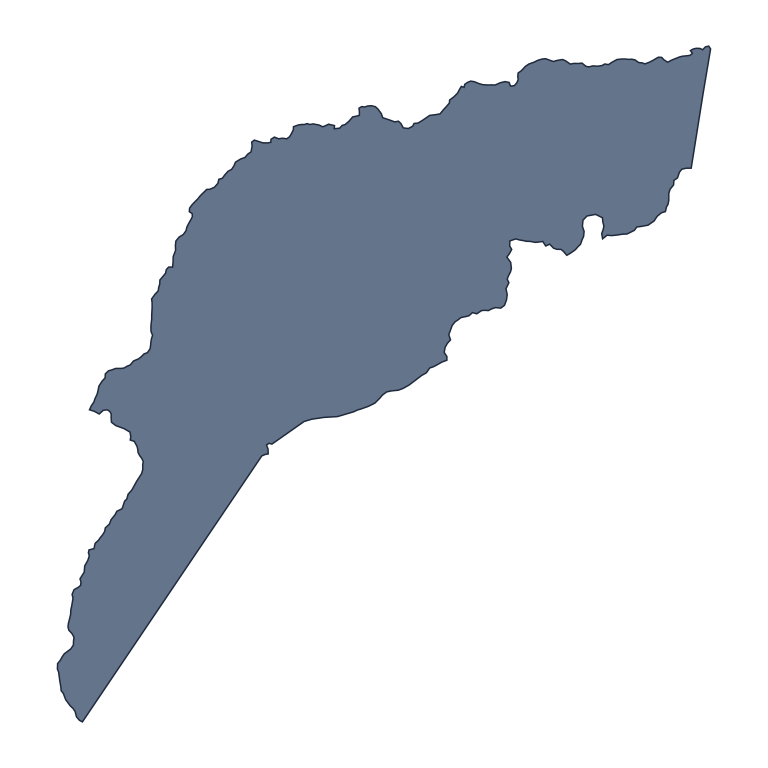 Alto Alegre do Pindaré, Maranhão, Brazil
{"feature_id": "56859067B27762035382418", "entity_name": "Alto Alegre do Pindaré", "entity_type": "district", "adm_level": 2, "iso_a3": "BRA", "parent_name": "Brazil", "parent_adm1": "Maranhão", "projection": "orthographic", "projection_center": [-45.998, -3.962], "detail": "fine", "context": "isolated", "style": "filled", "palette": "slate", "viewbox_px": 768, "rotation_deg": 0, "n_neighbors": 0, "source": "geoboundaries", "source_scale": "gbopen_adm2", "svg_char_len": 5182}
<svg xmlns="http://www.w3.org/2000/svg" viewBox="0 0 768 768"><path d="M710.6,48.9L708.7,46.1L705.4,46.9L702.7,49.7L699.8,48.4L696.1,48.3L693.0,49.1L690.4,50.6L692.4,53.3L690.2,55.3L686.7,55.8L682.5,56.2L679.4,57.0L671.9,60.0L667.7,62.2L663.9,59.8L661.7,57.4L658.4,57.2L655.9,58.6L652.9,60.4L649.4,62.2L644.9,63.9L642.2,62.9L638.6,62.5L634.9,59.8L631.5,59.2L628.5,59.4L625.5,59.0L621.9,59.0L617.0,59.5L611.9,62.3L608.5,64.6L604.7,64.0L602.1,65.5L597.9,66.2L592.9,65.9L588.8,66.9L585.9,66.3L582.0,63.1L578.4,63.5L574.0,63.4L570.3,64.1L565.4,60.7L562.5,59.5L557.2,60.4L553.3,61.5L548.6,59.8L545.7,58.7L542.3,59.0L538.1,60.2L533.5,62.4L528.9,64.0L525.1,66.6L523.3,68.7L521.0,71.0L518.1,73.0L517.8,76.6L518.2,79.6L516.8,82.8L514.3,85.7L510.5,86.1L509.1,82.4L504.9,81.6L500.1,82.8L495.2,85.0L491.2,84.9L488.3,85.0L482.8,84.7L478.7,83.5L474.3,81.7L470.7,81.1L467.5,82.4L464.7,84.4L464.1,87.3L461.3,86.4L459.5,89.4L457.6,93.1L453.8,96.9L449.6,100.0L449.4,103.0L446.7,106.2L443.4,109.8L440.0,113.9L434.6,114.8L429.7,115.4L422.1,120.6L417.9,123.1L414.1,123.4L412.6,126.3L408.3,128.5L403.3,127.9L400.8,123.4L398.4,121.2L394.7,121.9L389.9,120.1L385.7,118.7L382.7,117.7L381.3,113.6L377.9,109.0L375.4,106.7L371.3,105.7L367.6,106.0L364.8,107.0L361.7,106.6L359.0,108.2L359.4,111.9L359.4,115.3L355.8,116.3L352.7,116.9L348.8,121.4L345.0,124.6L342.2,125.4L339.6,128.2L334.3,128.7L334.5,125.6L328.6,124.2L325.7,125.6L322.8,126.8L318.9,125.0L313.1,123.9L310.0,124.5L307.1,123.6L304.4,124.5L301.3,124.5L298.2,125.0L293.5,126.7L293.3,129.9L291.2,134.1L289.5,136.8L286.7,138.8L282.4,138.2L278.7,138.8L274.4,137.1L271.0,139.3L270.8,142.3L267.8,142.9L262.9,142.9L260.0,141.9L254.3,140.1L251.7,142.1L252.1,146.2L251.0,151.9L247.9,154.0L244.9,157.5L240.8,158.9L235.5,162.1L233.9,165.9L231.6,169.4L228.0,171.3L224.8,174.9L222.3,178.3L218.8,179.3L217.9,183.3L214.5,187.2L209.8,189.3L206.7,189.4L203.7,192.4L200.4,195.6L197.8,198.9L195.0,201.7L192.1,204.7L189.6,208.1L189.3,211.7L192.1,213.5L192.4,216.6L190.8,219.8L188.7,223.4L186.9,227.0L186.0,230.7L183.3,234.5L179.2,237.0L175.9,241.0L175.4,245.5L175.6,250.3L174.5,253.2L173.2,256.6L173.1,261.3L172.6,267.1L168.6,267.1L166.3,269.6L165.6,273.1L163.2,276.1L159.9,280.0L159.7,284.3L158.7,287.2L158.2,290.9L155.2,294.0L151.6,299.0L152.1,302.8L152.1,307.8L151.7,315.3L151.7,319.2L150.9,326.1L151.0,331.4L152.6,335.4L151.6,338.2L150.9,341.9L150.6,345.4L150.1,348.7L147.4,352.7L144.0,353.9L141.2,356.8L138.6,358.8L133.5,361.0L130.3,364.9L126.9,366.3L124.1,368.0L121.3,368.4L115.8,368.4L111.8,369.9L108.5,370.8L105.3,373.9L105.1,377.9L102.2,381.0L98.9,386.1L98.1,390.3L97.2,394.0L94.9,398.9L93.9,402.0L91.3,405.8L89.5,409.8L94.5,411.4L99.2,414.0L103.3,410.3L107.3,409.8L109.8,411.5L111.2,414.0L111.1,417.6L111.5,422.3L115.8,425.6L124.0,428.6L130.0,432.1L130.8,436.9L130.2,440.0L134.3,441.4L137.0,446.3L137.7,449.1L138.1,452.6L139.7,455.7L141.7,458.3L143.3,461.6L142.7,464.5L142.8,469.4L141.6,473.6L136.7,481.2L131.8,490.1L128.1,494.2L126.8,499.0L124.6,501.2L123.4,504.8L122.1,508.7L116.8,511.3L115.1,514.7L111.1,519.6L109.4,524.1L105.3,527.9L104.7,531.3L102.8,534.6L100.4,537.5L98.5,540.2L95.1,543.4L94.0,548.6L89.0,549.9L88.4,552.8L89.3,555.8L87.8,560.4L84.7,565.9L84.2,572.2L82.5,574.8L80.0,578.9L81.0,582.0L80.6,585.4L78.3,587.3L74.1,589.6L72.1,594.3L73.0,598.4L71.6,606.5L70.8,609.9L70.6,614.6L68.3,623.8L68.0,627.1L68.9,630.3L72.0,633.6L74.0,637.3L73.5,641.2L73.4,645.0L70.9,648.8L64.3,653.8L62.3,656.6L60.5,660.0L57.6,663.6L57.4,669.1L58.6,672.0L59.8,680.9L60.9,687.3L61.1,690.6L63.3,693.4L65.7,699.7L70.2,705.8L73.1,708.5L75.1,711.5L76.5,716.8L79.3,720.2L82.4,721.9L143.6,631.1L207.5,536.3L261.8,455.9L265.4,454.4L268.2,453.9L268.0,448.9L266.5,445.0L269.0,443.3L271.9,444.1L304.1,421.5L311.8,419.2L324.0,417.4L337.4,416.6L353.7,411.8L357.2,410.1L361.5,408.8L368.7,406.2L374.9,403.1L379.9,398.1L382.4,395.1L386.7,391.9L391.4,390.9L398.4,390.2L403.1,388.4L409.0,385.1L421.6,375.5L426.4,372.8L429.7,368.0L433.3,366.8L436.2,365.3L441.7,362.2L446.9,360.2L446.9,356.6L444.2,352.3L445.2,347.1L447.4,343.3L450.5,339.9L448.8,334.7L452.2,325.4L455.2,321.7L458.0,319.9L460.9,317.6L465.2,316.7L468.9,315.8L472.5,312.6L476.8,313.8L481.5,310.6L484.8,310.3L488.4,310.6L491.4,309.0L495.4,307.6L500.8,308.1L504.5,305.3L506.5,299.9L507.2,294.6L506.0,288.7L508.9,282.7L507.2,279.1L508.4,276.0L510.5,271.9L511.4,268.5L510.7,262.4L506.9,257.1L509.5,253.5L511.7,249.4L509.7,246.0L509.8,241.0L515.6,238.9L519.7,240.0L523.4,240.6L526.3,241.3L530.1,241.4L535.4,242.4L538.9,242.0L542.8,241.5L545.7,246.0L549.7,244.2L553.6,248.2L556.9,249.3L561.1,249.4L563.6,251.6L566.8,255.3L569.6,253.7L572.4,251.9L575.5,249.6L577.9,246.8L580.5,244.3L582.1,239.8L583.6,236.4L584.1,231.5L582.4,226.2L583.0,220.2L587.0,216.0L595.6,214.4L602.4,217.7L602.9,222.2L603.9,226.1L603.1,229.8L601.7,233.6L602.6,238.8L607.1,235.2L611.5,235.6L617.4,235.0L622.4,234.2L627.0,234.0L634.3,230.4L636.8,227.0L641.5,226.4L644.5,225.8L648.0,225.2L654.1,221.0L657.1,216.4L661.4,212.8L665.4,211.6L666.5,206.9L668.0,204.4L668.8,200.4L668.8,193.5L670.0,189.4L673.6,184.9L673.9,180.4L677.5,177.9L679.5,172.1L681.9,169.2L686.1,168.2L691.2,168.2L703.2,92.9L710.6,48.9Z" fill="#64748b" stroke="#1e293b" stroke-width="1.5"/></svg>